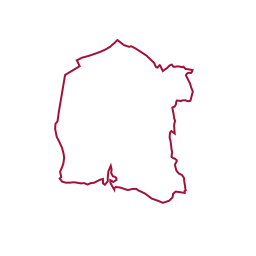 the district of Beaufort, Sabah, Malaysia, rotated 333°
{"feature_id": "92858781B48397609160298", "entity_name": "Beaufort", "entity_type": "district", "adm_level": 2, "iso_a3": "MYS", "parent_name": "Malaysia", "parent_adm1": "Sabah", "projection": "robinson", "projection_center": [115.744, 5.299], "detail": "fine", "context": "isolated", "style": "outline", "palette": "rose", "viewbox_px": 256, "rotation_deg": 333, "n_neighbors": 0, "source": "geoboundaries", "source_scale": "gbopen_adm2", "svg_char_len": 2176}
<svg xmlns="http://www.w3.org/2000/svg" viewBox="0 0 256 256"><g transform="rotate(333 128 128)"><path d="M149.0,211.6L149.9,209.8L151.1,209.7L151.7,207.7L152.4,205.8L154.1,200.4L155.1,198.5L155.1,196.3L154.7,194.4L153.7,193.0L152.6,191.6L151.8,188.1L152.4,184.7L153.3,181.8L156.2,179.9L156.7,178.8L155.9,176.6L154.5,175.4L153.7,173.5L154.6,172.0L156.3,169.8L157.0,167.1L159.8,159.5L160.8,155.3L162.1,153.1L163.8,150.9L165.2,150.4L166.2,152.3L167.1,154.1L168.2,151.4L169.1,149.3L170.2,146.7L172.1,144.1L173.2,143.2L173.5,140.4L174.8,136.7L175.6,133.7L176.3,131.4L176.9,129.8L179.4,130.1L181.6,128.5L183.1,126.3L184.0,125.7L185.8,126.8L187.1,128.0L188.8,128.0L191.8,129.4L192.6,130.4L193.6,131.4L195.8,132.1L197.2,130.8L199.1,128.5L202.3,125.0L202.7,120.4L203.5,116.3L203.5,112.7L203.5,110.3L203.5,107.4L204.9,106.4L206.7,106.2L209.4,107.6L211.2,106.4L211.8,105.7L208.5,103.1L206.1,101.6L205.8,100.5L205.3,98.6L204.0,98.5L203.0,97.7L201.5,96.4L199.7,95.4L198.2,95.0L196.3,94.0L195.8,91.4L194.3,91.2L193.1,91.2L190.6,92.2L189.0,92.4L187.3,92.6L184.9,93.1L184.9,91.8L185.0,87.8L184.8,86.4L183.2,86.8L181.8,87.6L180.7,86.7L180.6,84.6L180.9,82.1L177.3,71.8L171.0,60.9L170.0,59.4L168.9,57.7L167.9,56.6L165.9,56.2L162.0,52.3L158.5,44.8L158.4,44.8L154.3,46.2L151.7,46.7L149.2,47.5L147.1,47.6L144.2,47.8L142.1,47.8L138.7,47.6L134.2,47.1L130.5,46.6L125.7,45.9L119.0,44.5L115.8,44.5L113.1,44.4L113.0,51.0L96.0,52.2L74.3,81.4L68.2,90.1L65.3,91.3L62.7,95.7L60.5,103.5L60.5,109.5L60.2,115.7L58.9,121.7L57.7,125.3L54.3,130.3L51.3,133.1L47.7,136.1L46.9,138.7L46.3,141.4L44.2,142.0L44.9,145.8L47.7,148.4L51.1,150.2L54.3,151.4L55.5,152.0L58.0,153.8L61.0,156.0L63.9,157.2L66.4,160.0L69.9,160.2L72.9,161.4L79.5,161.4L82.5,162.0L80.6,166.0L81.6,168.0L85.7,166.4L87.8,162.4L91.0,157.6L95.5,153.8L94.6,157.4L92.6,160.4L92.6,164.2L94.2,165.6L94.9,167.2L94.2,169.0L90.3,169.4L89.3,167.4L88.6,166.4L87.5,168.6L87.5,172.2L87.8,176.6L88.4,175.6L90.2,175.0L93.9,177.4L96.9,180.4L99.7,183.2L104.5,184.4L107.7,186.0L108.8,188.2L113.4,194.1L117.0,201.5L121.9,206.7L125.1,210.5L131.5,211.5L136.1,210.1L138.4,207.1L141.6,206.3L148.4,211.1L149.0,211.6Z" fill="none" stroke="#9f1239" stroke-width="2"/></g></svg>